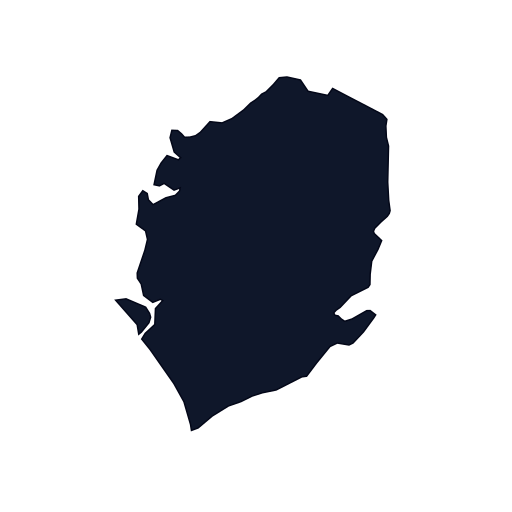 the border of Sierra Leone, rotated 28°
{"feature_id": "SLE", "entity_name": "Sierra Leone", "entity_type": "country or territory", "adm_level": 0, "iso_a3": "SLE", "parent_name": "Africa", "parent_adm1": "", "projection": "equal_earth", "projection_center": [-11.928, 8.452], "detail": "fine", "context": "isolated", "style": "filled", "palette": "ink", "viewbox_px": 512, "rotation_deg": 28, "n_neighbors": 0, "source": "natural_earth", "source_scale": "50m", "svg_char_len": 1669}
<svg xmlns="http://www.w3.org/2000/svg" viewBox="0 0 512 512"><g transform="rotate(28 256 256)"><path d="M389.3,251.8L389.0,255.5L386.5,272.6L382.5,287.3L379.9,290.9L368.6,294.7L363.8,301.2L359.7,322.0L357.1,338.4L353.2,341.2L336.7,364.8L325.8,373.8L318.3,381.5L311.1,391.6L302.1,401.3L292.5,417.8L285.6,435.0L280.9,440.3L277.3,435.5L260.8,418.5L243.4,407.2L206.4,388.3L194.1,383.0L194.5,376.3L198.8,364.0L191.9,349.6L194.6,339.1L191.9,339.1L186.6,345.4L175.3,343.6L167.8,334.6L161.7,331.3L159.1,326.8L155.2,303.1L152.4,292.3L146.7,285.7L135.4,284.1L130.7,269.6L124.4,258.4L125.4,251.5L130.6,251.9L134.6,256.9L141.0,259.0L149.1,246.9L156.3,240.3L158.0,234.5L157.1,231.4L152.7,236.3L140.8,235.0L137.8,239.4L132.5,240.9L128.4,226.7L128.6,218.3L130.3,209.1L142.3,207.5L143.4,204.6L135.0,202.6L124.6,191.9L122.7,184.5L127.9,182.0L132.9,183.1L137.2,184.7L141.8,182.1L146.2,178.1L148.8,172.9L152.3,159.0L163.6,154.4L170.3,145.9L176.6,132.7L179.5,123.5L182.1,118.8L183.8,114.8L185.0,110.4L187.8,106.4L190.8,96.6L192.8,87.7L199.3,83.4L212.6,79.7L224.6,86.1L244.0,80.5L245.0,72.1L262.8,72.0L283.9,71.8L301.4,71.7L307.4,73.9L309.6,80.2L315.4,90.0L321.4,96.7L328.9,111.6L337.6,128.9L347.0,144.5L353.1,153.0L353.7,155.9L353.3,159.3L350.4,167.2L347.8,175.8L348.1,179.1L349.9,180.7L359.7,183.4L360.6,192.9L360.6,206.2L365.4,218.6L370.0,227.7L369.7,230.9L358.7,246.4L354.4,261.9L352.2,266.2L351.3,269.7L353.5,271.3L356.6,270.3L360.9,271.6L365.0,272.0L370.4,266.5L379.4,252.3L382.4,250.6L389.3,251.8ZM190.5,377.0L189.2,380.1L183.3,372.4L152.8,360.9L161.4,354.8L182.6,353.0L188.9,356.6L191.7,359.5L192.8,365.2L190.5,377.0Z" fill="#0f172a" stroke="#020617" stroke-width="1.5"/></g></svg>